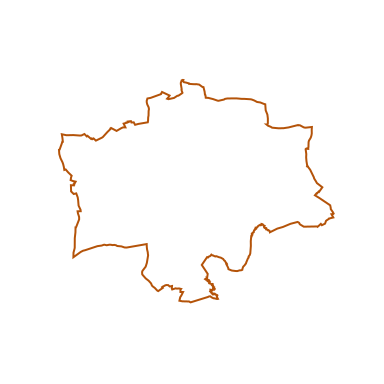 the district of Gulpen-Wittem, Limburg, Netherlands, rotated 19°
{"feature_id": "6326949B15301037000239", "entity_name": "Gulpen-Wittem", "entity_type": "district", "adm_level": 2, "iso_a3": "NLD", "parent_name": "Netherlands", "parent_adm1": "Limburg", "projection": "robinson", "projection_center": [5.917, 50.8], "detail": "fine", "context": "isolated", "style": "outline", "palette": "amber", "viewbox_px": 384, "rotation_deg": 19, "n_neighbors": 0, "source": "geoboundaries", "source_scale": "gbopen_adm2", "svg_char_len": 5953}
<svg xmlns="http://www.w3.org/2000/svg" viewBox="0 0 384 384"><g transform="rotate(19 192 192)"><path d="M284.2,91.5L278.7,94.1L277.7,94.4L276.6,94.5L272.4,93.8L271.8,93.9L270.7,94.4L270.4,94.2L262.3,99.5L257.7,101.9L253.0,103.6L246.8,105.1L245.1,104.7L242.4,104.6L240.5,103.9L240.8,103.8L241.2,103.3L241.4,102.9L241.3,102.2L239.8,97.8L238.1,94.3L235.1,90.8L232.7,85.2L231.2,85.3L227.4,85.1L224.2,85.7L221.1,85.2L218.4,85.1L217.4,85.2L211.2,86.9L208.9,87.7L203.6,89.0L195.1,92.0L192.9,93.2L192.1,94.2L187.4,97.1L186.5,97.3L181.6,97.3L176.8,97.7L174.3,98.4L173.5,96.7L173.1,96.0L172.6,95.8L172.6,95.5L172.1,94.8L171.3,93.1L168.7,89.1L167.7,89.3L163.8,88.1L160.6,88.7L160.2,89.0L157.5,89.8L154.0,90.7L153.8,90.3L150.5,90.5L148.6,90.8L147.6,90.3L147.4,89.8L147.4,88.9L146.8,89.0L146.4,89.3L146.2,89.8L145.9,89.9L145.9,92.5L146.3,93.6L148.8,98.2L148.7,98.5L149.2,99.5L150.7,101.3L150.7,101.5L148.3,104.7L147.7,105.4L146.8,105.8L144.4,108.9L139.5,111.9L138.1,111.9L138.9,110.0L139.4,108.1L131.1,107.2L130.9,109.1L130.7,109.1L130.5,109.8L122.2,116.5L119.4,118.1L119.5,120.6L120.1,122.1L121.2,123.8L123.4,126.0L124.3,127.6L124.6,129.5L126.0,133.8L126.3,135.8L127.3,139.1L127.5,140.5L119.1,145.1L116.3,147.0L114.2,145.1L112.1,146.0L111.2,144.9L108.5,146.2L109.0,146.7L107.5,147.6L107.7,147.8L105.1,149.6L108.0,152.6L105.7,153.4L104.4,154.6L100.8,158.8L94.6,157.8L94.4,158.1L94.7,158.2L94.7,158.4L92.5,162.8L89.8,169.1L89.1,170.0L84.4,174.7L81.5,173.4L80.7,174.4L79.8,174.0L79.4,174.7L74.9,172.9L74.4,173.7L71.4,172.2L69.1,174.5L67.7,175.1L61.3,176.8L54.8,179.2L50.1,179.8L51.7,182.7L53.5,186.5L53.0,186.7L53.1,188.5L53.0,195.0L52.5,195.4L54.2,199.4L56.7,202.9L59.9,206.1L61.1,207.6L62.7,210.1L64.1,212.7L65.2,211.8L68.6,213.8L72.9,215.8L72.9,217.6L73.4,220.3L75.7,220.4L78.6,220.1L78.3,221.8L77.9,221.9L78.2,223.1L77.7,223.2L78.1,224.2L75.3,225.0L77.5,230.8L80.8,232.4L83.0,231.0L85.7,234.3L87.0,236.8L89.2,241.8L92.4,245.1L93.0,246.4L90.1,247.5L91.2,249.5L92.1,250.6L93.4,252.4L94.2,254.6L93.9,262.5L93.8,263.7L93.5,263.7L94.9,268.0L96.2,273.8L99.2,282.7L99.4,283.8L99.7,287.9L101.1,292.3L106.3,284.9L108.1,283.0L109.8,281.9L120.2,274.0L124.1,272.0L125.7,270.7L126.2,270.4L128.7,270.1L131.1,268.7L132.5,268.3L134.1,268.1L135.8,267.3L137.5,267.1L138.9,267.4L143.0,266.4L146.3,266.4L148.3,265.8L166.1,256.0L167.2,258.8L168.2,260.9L169.8,263.4L170.3,264.6L171.1,266.1L172.4,273.7L172.5,277.7L170.9,282.5L170.8,283.3L170.9,284.0L171.7,286.0L172.2,286.4L176.4,288.8L179.9,290.0L182.8,291.6L183.3,292.0L184.0,292.9L185.2,293.9L188.0,294.8L191.2,296.5L192.3,296.7L195.6,292.2L194.7,291.7L195.4,290.7L196.7,289.5L196.8,289.2L197.9,288.4L199.8,287.8L201.7,288.6L203.7,287.4L204.3,289.8L205.0,290.6L207.9,288.4L209.1,288.3L211.2,287.4L213.2,287.2L212.9,288.1L213.6,290.3L216.1,289.5L215.6,293.4L215.1,295.3L215.5,298.9L218.5,298.5L224.8,296.5L226.6,296.8L241.2,286.1L242.1,285.2L243.1,284.7L243.4,284.7L244.7,285.2L246.9,285.5L247.4,285.3L250.6,285.0L251.3,284.6L249.9,283.3L249.5,282.2L249.7,281.6L249.5,281.3L249.3,281.3L248.6,281.8L247.9,281.1L247.3,281.0L246.5,280.7L246.3,280.8L246.3,281.2L245.2,281.1L245.5,281.9L245.0,282.1L244.7,282.0L244.6,281.2L243.7,281.2L242.8,280.9L242.6,280.5L242.7,279.9L241.9,280.2L241.5,280.1L241.7,279.0L241.3,278.7L241.2,278.4L243.3,278.1L243.3,277.8L243.8,277.4L244.9,277.1L245.1,276.2L244.8,275.9L243.8,276.2L243.2,276.1L243.2,275.8L243.6,275.3L243.7,274.8L242.5,274.7L242.4,274.4L242.6,273.9L242.5,273.7L241.2,273.6L241.2,273.3L241.8,273.0L241.6,272.3L241.1,272.3L240.6,272.7L237.9,272.7L237.7,272.3L238.1,271.3L236.9,271.0L236.9,270.7L237.3,270.6L237.4,270.4L236.7,269.8L236.0,269.9L236.5,270.8L236.4,271.1L236.0,271.3L235.6,271.2L235.2,270.4L233.7,270.4L232.8,270.1L233.0,269.8L233.4,269.6L234.4,269.6L234.7,269.2L234.4,268.8L233.8,268.1L234.2,268.0L233.5,264.3L225.0,257.8L227.4,249.0L227.6,249.1L228.0,248.5L228.5,248.6L228.9,247.6L229.8,246.9L230.3,246.1L230.7,244.9L231.9,245.3L232.5,245.1L234.3,245.4L234.8,245.2L235.2,245.3L235.9,244.8L237.5,244.8L238.2,244.9L240.6,244.7L243.3,245.2L244.8,246.3L245.5,246.4L246.5,247.3L248.2,248.4L248.4,248.6L247.9,249.0L250.8,251.8L251.6,253.1L255.2,253.3L259.0,252.5L260.6,252.0L262.5,250.6L264.0,250.0L264.9,249.2L264.7,247.9L264.7,246.3L264.8,245.8L265.7,243.9L265.8,243.2L266.3,242.1L266.2,241.7L266.3,241.1L266.2,240.4L266.3,239.9L266.5,236.5L266.9,235.6L266.5,234.5L267.1,232.9L267.1,231.1L265.2,223.8L263.6,219.4L262.4,214.5L262.8,214.4L262.6,213.7L263.0,212.9L262.3,212.5L262.1,211.9L262.6,211.5L262.5,211.2L262.6,210.7L263.2,210.4L263.5,209.8L263.3,209.4L263.3,209.2L263.2,208.4L263.4,207.5L263.8,207.3L263.7,206.4L264.5,206.1L264.7,205.7L263.9,204.9L265.1,204.1L265.4,203.6L265.4,203.1L266.0,202.0L266.8,201.4L266.9,201.1L267.9,201.1L268.1,200.9L268.0,199.6L269.2,199.5L269.7,199.7L270.0,200.2L271.2,200.3L271.0,200.6L271.1,201.0L271.5,201.2L271.4,201.4L271.5,201.6L271.9,201.7L271.8,202.0L272.2,202.3L272.8,202.4L273.7,202.0L273.9,202.3L274.2,202.3L274.3,203.1L274.6,203.0L275.2,203.1L275.9,203.5L276.2,203.2L276.6,203.1L277.3,203.5L277.8,203.4L278.2,203.8L278.2,204.0L278.6,204.3L278.8,204.7L284.6,198.8L289.3,195.5L295.5,190.0L301.5,186.0L301.8,186.1L302.3,186.0L303.4,186.3L304.2,187.2L304.8,187.5L309.0,188.4L321.9,183.7L322.1,183.9L322.4,183.5L324.2,180.2L325.6,181.1L328.1,178.6L328.1,175.7L328.5,175.0L330.3,172.7L330.2,172.5L333.9,170.1L331.1,167.6L332.7,166.8L332.9,166.5L332.9,166.4L332.4,166.5L331.8,165.2L328.8,163.0L328.3,161.8L327.0,159.6L314.3,156.2L309.3,155.1L310.2,152.7L310.6,152.8L311.6,150.3L312.1,150.5L313.7,145.1L307.2,142.9L305.4,141.3L303.5,139.8L302.9,139.2L302.4,138.4L296.5,132.5L293.6,130.5L293.4,130.2L292.6,130.4L292.3,130.2L292.4,129.7L292.3,129.4L291.6,128.2L290.2,125.6L288.7,122.2L287.7,118.9L285.5,114.5L285.8,113.9L286.2,113.5L287.1,113.6L287.9,113.4L287.4,112.1L287.5,111.7L286.0,106.9L285.9,106.0L285.9,105.1L286.5,102.5L286.6,101.1L286.5,99.5L286.2,97.7L284.9,94.1L284.2,91.5Z" fill="none" stroke="#b45309" stroke-width="2"/></g></svg>